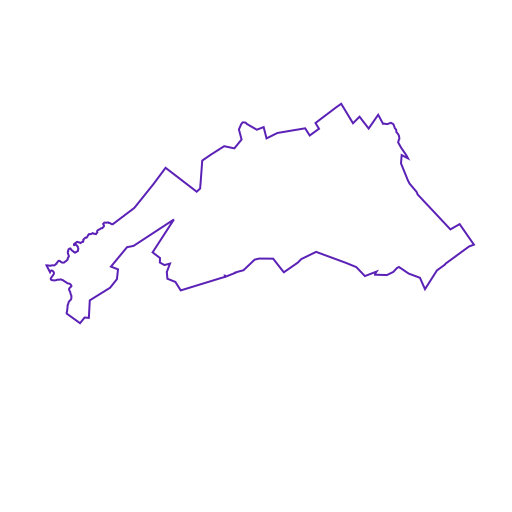 outline of Bacadéhuachi, Sonora, Mexico, rotated 55°
{"feature_id": "50627088B33028528139861", "entity_name": "Bacadéhuachi", "entity_type": "district", "adm_level": 2, "iso_a3": "MEX", "parent_name": "Mexico", "parent_adm1": "Sonora", "projection": "robinson", "projection_center": [-109.205, 29.784], "detail": "fine", "context": "isolated", "style": "outline", "palette": "violet", "viewbox_px": 512, "rotation_deg": 55, "n_neighbors": 0, "source": "geoboundaries", "source_scale": "gbopen_adm2", "svg_char_len": 5720}
<svg xmlns="http://www.w3.org/2000/svg" viewBox="0 0 512 512"><g transform="rotate(55 256 256)"><path d="M147.1,234.5L147.0,245.3L163.3,258.6L168.7,263.1L169.3,267.7L131.9,279.5L138.2,298.5L145.7,324.2L146.8,328.0L147.8,354.9L147.6,355.0L147.6,355.3L147.4,355.7L147.2,355.9L146.9,356.1L146.5,356.3L145.8,356.5L145.4,356.7L145.1,356.9L144.6,357.3L144.5,357.6L144.3,357.7L143.6,357.9L143.5,358.1L143.4,358.3L143.3,358.5L143.1,359.2L142.8,359.5L142.5,360.0L142.0,360.6L141.8,360.8L141.7,361.0L141.8,361.6L141.9,362.5L142.0,362.6L142.1,362.8L142.5,362.8L142.8,363.0L143.0,363.0L143.6,363.0L143.8,363.0L144.0,363.1L144.1,363.3L144.4,363.6L144.7,364.3L144.8,364.7L144.9,365.5L145.0,365.7L145.0,365.9L145.0,366.1L144.7,366.4L144.6,366.6L144.5,366.8L144.4,367.1L144.5,367.8L144.5,368.3L144.5,368.7L144.3,369.3L144.3,369.6L144.2,370.6L144.2,371.2L144.4,371.7L144.6,371.9L145.0,372.2L145.5,372.4L145.7,372.5L145.8,372.8L146.0,374.0L146.3,374.5L146.2,374.6L145.9,375.0L145.5,375.1L145.1,375.6L144.8,376.0L144.5,376.3L144.2,376.4L144.0,376.5L143.6,376.6L143.5,377.1L143.5,378.1L143.4,378.4L143.1,379.3L142.7,379.8L142.4,379.9L142.3,380.2L142.3,380.4L142.3,380.5L142.4,380.8L142.4,381.0L142.5,381.1L142.7,381.5L142.8,381.8L142.9,382.0L143.3,382.8L143.4,383.0L143.5,383.4L143.6,383.6L143.7,383.8L143.8,384.1L143.8,384.3L143.5,384.6L143.2,385.0L143.1,385.5L143.3,386.0L143.3,386.3L143.3,386.7L143.4,387.2L143.5,387.6L143.6,388.1L143.8,388.4L144.0,388.5L144.3,388.5L144.5,388.7L144.5,388.8L144.8,389.1L145.1,389.3L145.2,389.5L144.8,390.4L144.7,390.6L144.7,390.8L144.7,391.2L144.7,391.7L144.8,392.2L144.8,392.3L144.7,392.4L144.5,392.5L144.3,392.6L144.2,392.6L143.9,392.8L143.6,392.9L143.3,393.2L143.0,393.5L142.2,393.9L142.0,394.2L141.8,394.6L141.8,395.0L141.8,395.4L141.8,395.5L142.0,395.6L142.0,395.8L142.0,396.0L141.8,396.5L141.8,396.9L141.8,397.6L141.8,397.9L141.9,398.0L142.0,398.3L142.5,398.7L142.6,398.8L142.8,398.8L142.9,398.7L142.9,398.3L143.0,397.8L143.1,397.6L143.3,397.3L143.5,397.2L144.2,396.8L144.6,396.7L144.8,396.7L145.2,396.7L145.4,396.7L146.0,396.6L146.7,397.0L146.9,397.1L147.4,397.2L147.8,397.2L148.0,397.3L148.5,397.7L148.9,398.3L149.3,398.7L149.7,398.9L149.7,399.0L149.7,399.4L149.7,400.6L149.5,401.4L149.5,402.2L149.5,402.3L149.4,402.4L149.2,402.5L148.8,402.5L148.4,402.8L147.9,403.0L147.5,403.0L147.2,403.2L146.6,403.3L146.1,403.5L145.4,403.7L144.9,403.7L144.3,403.7L143.8,403.7L143.6,403.7L143.6,403.8L143.3,404.0L143.2,404.3L142.9,404.8L142.9,405.0L143.0,405.6L143.5,406.4L143.8,406.8L144.2,407.0L144.4,407.1L144.5,407.4L144.6,407.7L144.9,408.0L146.0,408.6L146.5,408.7L147.7,409.0L148.6,409.3L149.1,409.6L149.2,409.8L149.3,410.2L149.4,410.7L149.8,411.2L149.9,411.5L150.0,411.7L150.7,412.2L150.9,412.4L151.0,412.7L151.0,412.9L151.0,413.4L151.2,414.3L151.1,415.0L151.1,415.5L151.3,416.3L151.3,416.7L151.2,417.1L151.0,417.5L150.6,418.1L150.0,418.7L149.4,419.0L148.6,419.3L148.0,419.4L147.9,419.4L147.7,419.6L147.1,419.9L146.8,420.3L146.7,420.6L147.3,422.7L147.4,423.2L147.8,423.7L147.9,423.9L147.8,424.2L147.8,424.5L147.9,424.9L148.0,425.7L148.0,426.2L148.0,426.5L147.8,426.9L147.3,427.6L146.9,428.0L146.5,428.8L146.2,429.4L146.0,430.2L145.1,431.0L144.7,431.6L144.1,432.1L143.5,433.0L151.1,434.0L150.8,433.5L150.6,433.2L150.4,432.6L150.4,432.2L150.6,431.8L150.9,431.5L151.3,431.3L151.8,431.1L152.3,431.0L152.8,431.0L153.3,431.0L154.0,431.2L154.2,431.4L154.7,431.9L154.9,432.2L155.4,433.5L155.6,434.1L155.8,434.7L155.9,435.1L156.1,435.6L156.4,436.3L156.6,436.8L156.9,437.2L157.3,437.4L158.0,437.4L158.5,437.2L159.0,436.7L159.8,435.8L160.1,435.5L160.8,434.4L161.1,433.8L161.4,432.6L161.7,431.9L162.6,430.7L163.0,429.8L163.1,429.4L163.5,429.1L164.0,428.9L164.9,428.1L167.1,427.3L169.1,426.4L169.7,426.3L170.1,426.1L170.5,425.9L171.4,424.9L171.8,424.6L172.3,424.4L172.7,424.3L173.1,424.2L174.2,424.2L174.5,424.3L174.8,424.5L175.0,425.0L175.1,425.5L175.1,426.0L175.3,427.1L175.5,427.7L176.0,428.2L176.5,428.5L177.0,428.6L177.9,428.7L178.7,428.8L179.1,428.9L179.5,429.1L179.9,429.3L181.0,429.7L181.4,429.8L182.3,429.9L182.7,430.1L183.3,430.5L184.0,430.9L184.6,431.4L185.2,432.1L185.5,432.8L185.7,433.5L185.8,434.3L186.0,435.2L186.1,435.6L187.0,436.7L187.8,437.7L188.0,438.1L188.2,438.4L188.7,438.9L188.9,439.1L189.2,439.2L190.0,439.9L190.7,440.5L191.6,441.3L192.5,442.2L192.7,442.3L192.8,442.4L193.1,442.7L193.8,443.6L194.1,443.8L194.6,444.1L210.1,438.7L208.1,431.7L210.8,428.4L197.0,417.6L198.3,393.7L195.2,383.2L187.8,376.7L181.5,380.9L174.8,356.6L177.5,350.5L179.0,302.3L193.7,338.6L202.6,335.8L206.2,338.5L210.9,336.2L212.9,330.8L217.9,338.2L223.8,341.6L231.0,336.9L241.0,337.4L254.2,296.6L255.4,293.3L254.2,292.8L254.5,292.5L255.5,292.8L257.9,282.8L257.6,282.7L258.6,279.6L260.5,274.4L258.2,259.2L259.9,254.9L268.0,243.5L284.7,242.6L285.3,242.5L285.4,225.6L284.7,221.7L284.5,220.8L284.7,219.4L287.1,204.4L313.3,186.2L322.6,180.2L334.9,178.3L337.9,166.3L338.7,168.4L339.6,169.2L346.7,159.7L347.8,152.7L346.7,147.5L347.0,145.2L358.0,141.0L367.9,134.2L380.1,136.6L371.6,116.1L371.4,105.9L371.0,105.2L370.4,76.0L371.7,71.0L346.7,70.9L345.7,81.5L298.4,88.3L295.6,87.7L284.6,88.7L283.0,88.4L281.6,88.3L263.3,84.1L256.9,78.8L263.2,75.5L260.3,75.1L250.5,75.0L244.4,74.4L243.8,73.6L242.8,72.5L242.4,71.5L241.7,71.0L239.4,69.9L237.5,69.7L235.0,69.9L232.8,68.7L231.2,69.0L227.0,67.9L226.2,68.1L225.1,68.7L224.3,69.1L224.1,69.7L223.2,72.9L222.2,74.0L220.9,75.3L220.6,76.1L210.4,74.9L216.2,90.6L201.3,91.3L202.9,100.4L180.2,98.9L180.2,105.2L181.0,126.8L181.2,131.0L187.9,131.4L188.1,142.9L179.6,142.5L167.5,167.9L165.7,179.9L154.8,175.8L153.0,182.9L142.5,187.8L141.0,187.9L139.5,189.4L138.9,190.3L139.5,192.4L142.5,197.4L152.3,201.0L155.4,212.0L147.8,219.1L147.1,234.5Z" fill="none" stroke="#5b21b6" stroke-width="2"/></g></svg>